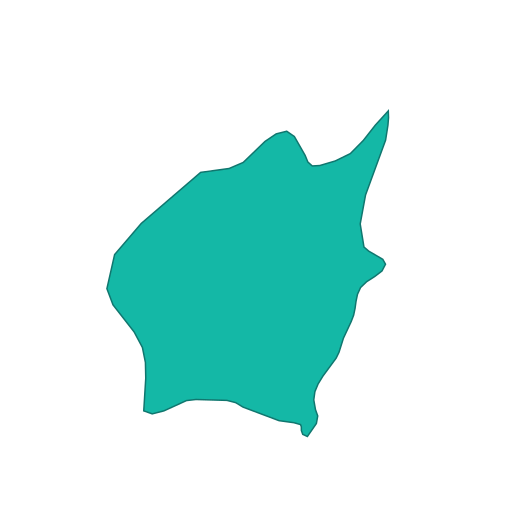 the border of Tarlac, rotated 26°
{"feature_id": "PHL-2556", "entity_name": "Tarlac", "entity_type": "Province", "adm_level": 1, "iso_a3": "PHL", "parent_name": "Philippines", "parent_adm1": "", "projection": "equal_earth", "projection_center": [120.579, 15.519], "detail": "fine", "context": "isolated", "style": "filled", "palette": "teal", "viewbox_px": 512, "rotation_deg": 26, "n_neighbors": 0, "source": "natural_earth", "source_scale": "10m", "svg_char_len": 981}
<svg xmlns="http://www.w3.org/2000/svg" viewBox="0 0 512 512"><g transform="rotate(26 256 256)"><path d="M376.2,395.8L373.3,393.0L371.6,389.6L369.9,388.0L363.2,389.2L348.9,393.9L310.6,397.5L302.0,396.7L293.2,398.5L264.9,411.3L256.9,416.4L241.1,435.6L231.9,443.4L223.0,444.4L210.5,414.2L203.3,400.2L194.0,388.0L179.8,377.7L148.9,362.6L136.3,350.7L128.3,316.7L138.6,277.0L169.6,205.1L193.5,189.1L203.5,177.5L213.9,149.0L220.6,137.4L228.9,130.4L238.1,131.8L256.0,144.0L261.4,148.8L267.1,150.4L273.7,146.7L285.5,135.9L295.9,122.6L301.8,105.1L305.9,86.0L311.3,67.6L314.5,73.6L317.2,80.5L321.7,95.1L327.7,153.1L335.6,181.5L349.1,200.6L355.1,202.2L371.4,203.4L376.0,206.6L375.8,214.2L371.7,222.4L366.7,230.6L363.8,238.5L364.0,245.9L365.8,253.0L368.0,259.7L369.7,266.4L370.3,273.1L370.6,291.5L372.8,306.1L372.8,312.7L368.8,334.5L367.9,343.7L368.4,352.1L371.0,360.0L376.8,368.0L381.6,372.7L383.7,380.1L381.3,395.7L376.2,395.8Z" fill="#14b8a6" stroke="#0f766e" stroke-width="1.5"/></g></svg>